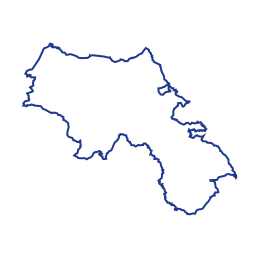 the district of Tianguistengo, Hidalgo, Mexico, rotated 262°
{"feature_id": "50627088B25883643006706", "entity_name": "Tianguistengo", "entity_type": "district", "adm_level": 2, "iso_a3": "MEX", "parent_name": "Mexico", "parent_adm1": "Hidalgo", "projection": "equal_earth", "projection_center": [-98.571, 20.781], "detail": "fine", "context": "isolated", "style": "outline", "palette": "blue", "viewbox_px": 256, "rotation_deg": 262, "n_neighbors": 0, "source": "geoboundaries", "source_scale": "gbopen_adm2", "svg_char_len": 5878}
<svg xmlns="http://www.w3.org/2000/svg" viewBox="0 0 256 256"><g transform="rotate(262 128 128)"><path d="M164.8,27.5L164.7,28.8L163.7,30.3L163.7,30.7L164.7,31.3L164.2,33.0L164.7,35.9L164.3,36.3L164.0,37.7L163.3,38.3L161.8,44.6L158.6,46.6L157.6,48.7L153.6,53.9L153.9,54.4L153.3,55.8L153.5,57.0L152.5,59.7L151.5,60.5L150.7,60.6L150.5,61.9L149.8,63.2L148.9,63.7L148.5,64.9L147.5,65.7L146.6,65.1L145.0,65.2L145.1,65.7L141.7,69.1L140.7,69.4L136.8,69.3L133.0,67.6L129.7,66.9L128.5,67.4L127.3,68.4L126.0,71.4L123.4,72.2L123.3,73.2L121.2,75.9L121.1,77.0L122.1,79.0L121.0,79.1L120.0,78.5L118.2,78.9L116.4,78.1L116.1,78.5L114.6,77.3L113.4,75.6L110.4,74.6L109.9,74.0L109.8,72.8L108.2,70.9L106.4,73.8L105.2,74.5L104.5,77.2L104.2,80.8L102.8,82.9L103.7,84.8L104.0,86.7L105.4,88.8L107.9,90.4L108.0,91.1L108.7,91.9L108.5,93.7L109.2,96.6L108.2,97.7L106.9,96.5L107.0,97.8L106.7,98.1L106.3,97.1L106.4,97.7L105.9,98.5L106.0,97.7L105.7,97.2L105.6,97.7L104.6,95.9L104.8,97.1L103.6,98.0L103.4,98.7L101.4,98.7L100.7,99.3L100.5,102.1L102.5,102.0L105.9,103.7L106.0,104.6L107.5,105.8L108.1,107.9L108.6,108.7L115.5,112.8L117.3,115.8L117.9,115.9L118.7,117.0L120.3,117.9L121.8,117.9L122.1,118.9L123.0,119.4L123.1,119.9L122.5,120.8L122.4,122.4L121.2,123.7L121.0,125.2L119.1,125.3L117.3,126.1L116.1,125.5L113.8,127.5L113.8,128.1L112.5,128.1L111.8,128.8L110.6,128.9L110.0,131.7L108.7,132.7L108.7,133.2L109.8,135.9L109.1,137.1L109.3,139.3L109.0,140.6L110.4,141.3L110.3,143.1L108.6,144.1L107.7,145.5L106.4,144.8L105.8,144.9L105.6,146.4L102.9,147.1L102.3,148.2L98.7,146.4L98.8,147.5L97.1,148.5L96.8,150.0L95.5,150.5L93.8,149.7L93.5,150.6L93.7,152.3L93.0,152.7L92.4,154.0L90.4,153.3L90.1,154.5L88.8,155.3L85.2,155.6L83.5,156.4L82.0,156.0L81.2,157.9L81.1,156.7L80.4,156.1L78.6,156.8L77.7,155.2L75.9,155.2L73.6,154.2L71.7,150.9L70.5,152.3L70.1,152.2L69.6,151.1L68.6,151.2L67.5,152.4L67.7,154.1L66.1,153.3L65.7,154.5L64.0,154.1L63.3,155.7L63.5,154.8L62.2,155.7L60.1,155.6L58.7,156.7L58.0,156.1L57.8,154.7L57.4,154.7L55.8,155.4L54.8,154.9L53.9,155.7L52.8,154.8L50.8,155.5L50.1,156.2L48.6,156.6L48.3,158.6L47.0,159.1L47.1,160.8L45.6,160.5L45.5,162.2L43.6,164.0L42.5,164.3L41.1,162.9L40.4,163.2L40.0,164.9L41.0,165.1L41.3,165.8L40.3,168.9L39.2,169.7L39.0,171.3L38.3,172.4L37.1,172.8L35.4,174.7L34.5,174.7L34.4,176.1L33.9,176.9L34.4,180.8L33.7,182.3L36.8,184.4L37.5,186.6L37.5,189.2L37.9,190.9L41.5,194.2L44.5,197.9L46.8,199.6L48.1,199.9L48.0,200.9L49.0,202.1L49.1,203.9L49.7,204.0L49.5,204.5L50.9,204.4L52.1,205.5L51.7,207.0L52.0,208.6L55.2,208.1L56.9,206.6L62.3,206.5L64.0,204.4L64.2,202.3L64.9,202.3L64.2,208.8L66.6,210.9L67.3,217.8L68.0,218.4L68.5,220.1L68.3,221.7L67.4,223.0L66.7,226.3L65.7,226.2L64.4,227.6L63.4,227.9L63.6,228.2L66.1,228.5L67.7,227.3L67.9,227.7L69.2,227.5L71.5,225.5L72.1,226.1L74.4,225.9L75.0,225.0L77.6,224.2L78.4,222.9L82.7,223.0L84.3,222.4L87.5,220.5L89.0,218.7L92.2,216.9L92.5,216.1L93.2,216.3L95.9,215.4L97.3,214.5L97.2,214.0L97.9,213.6L98.5,212.2L98.5,210.8L99.7,210.4L101.5,208.4L102.5,204.3L103.7,203.8L104.5,200.3L106.2,199.1L109.6,201.6L109.1,200.5L109.5,198.2L110.6,195.6L111.1,195.4L110.8,193.8L109.0,191.1L110.8,188.0L112.1,189.6L112.5,188.7L113.5,189.3L113.5,188.9L113.7,189.3L115.2,189.2L115.5,189.0L115.3,188.2L116.5,187.4L116.9,188.0L118.0,188.3L117.0,189.4L117.0,190.8L117.1,191.6L117.5,192.3L117.1,192.7L117.4,193.3L116.7,193.4L116.6,194.0L115.3,194.2L115.3,195.3L116.0,196.5L115.5,197.4L115.8,198.6L115.1,198.7L115.6,200.4L115.0,200.7L114.8,201.3L115.4,202.5L114.3,203.8L116.0,205.2L116.3,204.4L117.6,204.6L118.4,203.7L119.0,204.0L119.4,202.7L120.2,202.8L120.1,202.0L120.7,202.2L121.3,201.2L121.9,201.8L123.6,200.8L123.3,197.8L124.4,197.7L123.1,195.2L124.3,191.9L123.7,191.6L123.0,190.0L124.6,188.4L124.9,186.3L124.1,185.5L123.6,183.7L125.6,180.2L126.5,179.7L127.6,178.1L129.5,177.4L129.6,175.4L130.6,175.3L130.9,173.3L131.6,172.6L132.8,172.7L134.4,174.7L138.2,175.1L139.8,176.2L140.7,176.3L141.0,177.3L142.7,179.5L143.0,180.5L144.4,180.7L145.0,181.4L145.6,181.2L145.5,183.9L141.8,185.0L141.5,185.4L142.2,187.0L143.6,187.9L143.8,188.5L144.9,189.5L144.4,190.6L145.9,193.3L145.8,191.2L146.3,190.1L147.2,188.6L151.3,185.2L151.7,183.6L154.0,180.3L155.1,179.8L155.7,180.3L156.5,180.3L156.9,181.7L157.6,181.7L158.0,180.4L159.2,180.5L158.8,179.0L159.4,178.4L161.0,178.5L161.5,176.7L163.1,175.8L164.2,174.2L163.5,173.9L162.3,174.1L161.3,173.5L159.9,174.0L159.4,175.0L158.4,175.0L158.7,173.9L158.3,173.2L158.5,171.3L157.5,168.9L156.1,167.5L156.5,165.3L157.4,164.5L159.7,163.4L163.0,163.6L163.0,166.6L163.6,168.4L163.6,169.5L165.3,172.6L165.8,175.0L166.2,175.1L167.8,173.2L169.3,172.7L171.1,170.7L174.3,170.9L179.5,169.0L180.4,169.3L181.6,168.8L184.5,168.8L185.0,168.3L186.0,168.7L189.8,162.9L190.5,163.0L191.9,161.7L194.0,162.1L195.1,161.3L196.0,162.1L197.8,160.9L199.1,161.0L199.7,160.3L201.3,159.4L202.6,159.5L204.7,156.7L201.2,153.1L200.2,152.6L199.2,149.3L197.3,145.7L196.6,141.7L197.0,141.5L196.2,138.7L194.3,137.0L194.6,133.9L195.9,133.0L197.0,130.2L196.2,129.7L195.9,128.9L195.1,124.3L197.0,121.4L198.2,121.2L199.3,120.1L200.4,120.1L200.7,117.5L202.1,114.3L205.0,103.0L204.7,100.7L205.1,100.4L204.2,100.2L203.0,97.7L203.8,90.8L204.5,88.8L206.3,87.0L208.8,82.2L209.1,81.2L209.0,77.1L211.4,75.9L212.1,73.3L213.6,72.9L216.2,70.7L216.5,69.9L216.9,70.9L217.2,70.7L218.5,66.2L219.2,65.0L218.3,65.3L218.4,64.3L220.5,62.8L220.5,64.7L221.1,64.9L221.9,64.1L221.6,63.4L222.3,62.5L220.1,61.0L219.3,59.5L218.7,56.3L218.0,55.5L208.6,49.5L199.8,41.6L199.4,40.9L199.4,38.3L198.7,36.4L198.3,35.5L196.0,34.0L195.5,35.2L193.0,35.2L192.9,35.6L194.1,36.8L194.4,37.8L193.8,38.9L192.8,38.1L191.7,39.1L191.0,43.1L188.8,42.3L188.0,40.8L187.1,40.9L185.6,40.0L183.5,40.3L182.7,39.4L182.3,37.1L181.8,36.6L180.4,37.8L177.9,39.0L177.3,38.3L176.3,32.9L173.5,34.2L171.2,33.6L170.2,34.2L169.5,34.1L169.0,33.5L168.8,30.0L167.1,27.9L165.9,28.3L164.8,27.5Z" fill="none" stroke="#1e3a8a" stroke-width="2"/></g></svg>